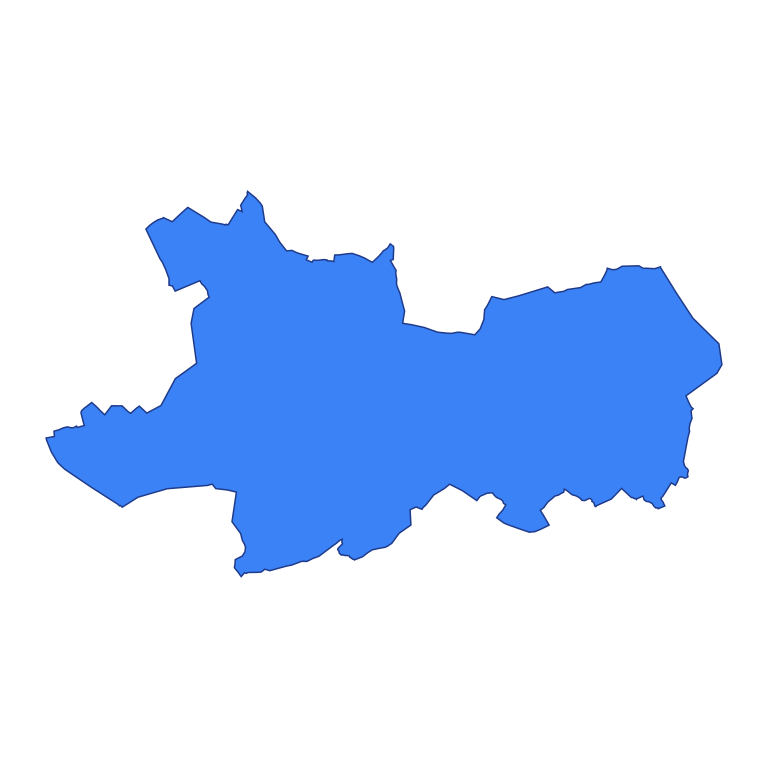 outline of Idemili North, Anambra, Nigeria
{"feature_id": "59680162B93345317219884", "entity_name": "Idemili North", "entity_type": "district", "adm_level": 2, "iso_a3": "NGA", "parent_name": "Nigeria", "parent_adm1": "Anambra", "projection": "albers", "projection_center": [6.891, 6.127], "detail": "fine", "context": "isolated", "style": "filled", "palette": "blue", "viewbox_px": 768, "rotation_deg": 0, "n_neighbors": 0, "source": "geoboundaries", "source_scale": "gbopen_adm2", "svg_char_len": 4758}
<svg xmlns="http://www.w3.org/2000/svg" viewBox="0 0 768 768"><path d="M664.8,506.0L663.0,502.0L660.9,499.1L661.3,498.5L661.2,497.6L662.6,496.6L671.3,482.9L675.4,485.3L677.2,482.2L679.1,477.5L679.7,477.1L681.6,477.0L682.9,477.1L683.9,477.8L684.9,478.1L685.6,478.0L686.9,477.4L688.0,476.6L687.5,475.5L687.6,474.5L687.6,473.1L688.3,471.0L687.8,469.4L687.2,468.6L685.9,467.8L684.6,465.8L683.4,461.6L687.9,437.6L689.6,431.3L689.1,428.5L689.9,424.0L690.6,421.9L692.0,418.4L691.5,415.1L691.1,410.9L693.1,408.7L691.2,407.1L688.7,402.2L686.0,395.8L716.8,373.4L721.9,364.7L718.9,343.8L692.9,318.2L676.5,293.2L660.7,267.8L660.5,266.8L654.7,268.7L645.8,268.2L644.1,268.4L642.4,267.9L638.9,265.8L628.2,266.1L622.1,266.2L620.3,267.3L616.4,269.4L612.2,269.7L607.3,268.2L606.8,270.4L604.6,275.2L600.9,281.8L600.5,282.0L593.7,283.0L588.9,284.3L586.0,284.5L580.6,287.6L567.4,289.5L563.9,291.3L554.8,292.8L547.7,286.9L518.8,295.8L504.0,299.6L491.8,296.6L487.8,304.7L484.6,309.8L483.9,319.4L480.2,328.8L474.8,334.8L461.1,332.4L457.7,332.2L451.4,333.4L447.5,333.2L437.6,332.2L424.3,327.5L411.5,324.7L402.7,323.3L403.3,318.9L404.6,311.1L402.2,302.1L399.9,293.1L397.7,287.9L396.5,284.2L396.7,279.1L395.7,273.5L396.1,270.4L394.2,267.3L390.4,260.5L393.2,259.5L393.7,249.1L393.5,246.4L390.2,243.9L387.9,247.7L384.4,250.3L383.5,250.6L381.6,253.1L378.3,256.7L372.4,262.3L368.7,260.4L365.1,258.3L359.6,255.9L352.2,253.4L347.9,253.7L344.4,254.2L338.6,254.9L334.7,255.0L334.1,259.9L333.8,261.6L332.4,261.1L330.2,260.9L327.3,260.8L326.9,259.8L325.2,259.8L324.6,259.6L322.5,259.7L320.4,260.0L317.3,260.3L313.9,260.1L313.4,260.2L313.1,260.5L312.7,261.1L312.0,262.2L308.1,260.6L306.3,259.8L308.1,256.1L302.6,254.5L300.3,253.8L298.6,253.3L296.8,252.7L295.0,251.9L292.0,250.4L286.6,250.9L279.6,242.0L275.4,234.6L264.7,221.8L262.3,206.1L260.2,203.0L255.6,198.0L247.6,191.4L247.1,193.0L247.6,194.7L244.4,199.3L240.6,205.4L241.0,206.5L242.1,211.6L237.6,209.6L228.4,224.4L228.2,224.8L227.9,224.9L226.0,224.2L225.4,225.0L222.4,224.1L210.9,222.1L204.9,217.9L187.8,207.4L182.0,212.5L172.2,221.7L163.4,217.6L162.3,218.4L157.8,219.9L154.1,222.1L149.6,225.4L145.9,229.1L160.0,258.8L162.4,262.3L165.8,269.8L169.0,278.6L169.0,285.2L172.4,286.0L175.2,291.1L199.9,280.7L201.7,283.8L204.3,286.1L207.4,290.6L208.1,294.8L209.2,297.1L194.0,308.5L191.1,323.3L196.6,363.3L175.4,378.6L161.0,405.5L146.8,413.1L139.3,406.1L136.7,408.0L130.7,413.3L127.9,411.5L122.1,405.9L111.6,405.8L104.7,414.8L100.2,410.6L96.8,407.0L91.7,402.5L86.3,406.7L84.6,407.9L82.3,410.0L81.4,411.0L81.2,412.1L81.0,412.9L81.4,414.5L82.3,418.1L83.5,422.9L84.3,425.5L77.3,427.5L76.6,426.1L73.0,427.9L70.9,427.7L67.6,426.9L65.3,427.3L62.5,428.2L59.1,429.7L54.0,431.2L54.3,435.1L54.4,436.5L46.1,438.0L46.4,439.3L46.7,440.4L51.4,452.1L57.9,462.8L64.7,469.2L91.7,487.5L117.8,504.2L119.5,505.8L120.5,505.5L122.2,507.2L138.0,497.2L167.3,488.7L207.7,485.4L212.2,484.1L215.8,488.6L227.7,490.0L236.4,492.1L232.0,521.7L240.7,533.6L241.2,535.8L242.4,540.5L244.4,544.0L245.5,547.1L245.0,551.7L242.3,556.0L237.6,558.4L235.2,559.7L235.1,563.2L234.4,567.7L238.3,572.5L241.2,576.6L244.5,572.8L246.1,573.3L248.2,572.5L253.3,572.4L256.9,572.4L261.3,572.0L264.9,569.2L269.7,570.7L279.1,568.1L286.1,566.2L291.6,565.1L301.8,561.3L307.0,561.4L312.7,558.5L318.9,556.3L332.4,546.1L336.2,543.4L340.0,540.2L342.3,539.2L341.8,542.1L342.5,543.8L341.6,544.7L339.3,547.0L337.9,548.6L337.7,549.7L339.1,551.6L339.3,553.3L340.7,554.5L341.3,555.1L342.3,554.8L344.7,555.5L347.3,555.5L349.5,556.0L349.7,557.1L353.1,559.4L354.3,559.3L354.5,559.9L362.6,556.7L367.8,552.6L372.4,549.8L379.3,548.3L385.1,547.3L387.8,546.0L391.8,543.3L399.2,533.2L410.9,525.0L410.1,509.7L416.1,507.0L422.0,509.3L423.1,507.5L425.6,505.3L433.7,495.0L444.4,488.5L449.6,484.2L462.3,490.6L476.8,500.6L480.2,496.2L487.2,493.2L492.5,492.8L494.2,495.2L496.5,497.4L500.6,499.3L502.6,500.8L503.5,503.3L505.8,504.8L502.7,510.2L499.2,514.0L496.7,517.8L504.2,523.2L509.4,525.3L521.0,529.4L529.4,532.2L535.1,531.6L541.0,529.1L549.1,525.1L543.1,514.7L540.3,510.3L544.0,507.4L544.2,507.1L544.4,506.7L547.8,502.1L552.7,498.0L555.0,496.0L558.6,495.0L561.3,493.3L563.6,492.3L564.4,489.1L567.2,490.8L571.6,494.4L573.1,495.1L575.3,495.6L577.8,496.7L580.5,498.6L581.3,499.6L581.7,500.2L584.4,500.6L584.9,500.5L585.9,500.1L589.4,498.4L590.5,498.8L591.7,499.6L592.0,500.9L591.9,501.4L593.6,502.5L594.0,503.5L594.3,504.3L594.6,505.5L595.0,506.3L595.5,506.6L596.4,506.1L596.7,505.6L611.4,499.0L621.6,488.4L630.9,497.1L631.7,497.6L632.6,497.5L633.9,498.4L635.0,498.7L635.8,498.6L636.4,499.5L637.3,498.5L639.8,497.5L641.9,496.4L643.1,496.3L644.1,499.9L645.3,500.6L646.1,501.3L646.8,501.5L648.8,501.7L652.2,503.5L654.0,506.3L655.7,507.9L657.9,507.9L658.2,508.7L664.8,506.0Z" fill="#3b82f6" stroke="#1e3a8a" stroke-width="1.5"/></svg>